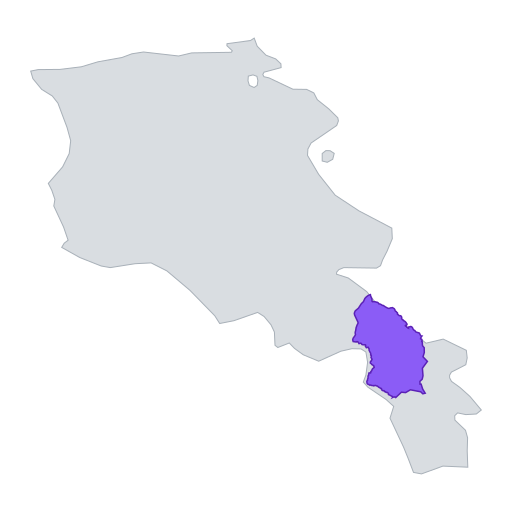 Sisian, Syunik, Armenia shown in context
{"feature_id": "60910142B33195245753630", "entity_name": "Sisian", "entity_type": "district", "adm_level": 2, "iso_a3": "ARM", "parent_name": "Armenia", "parent_adm1": "Syunik", "projection": "natural_earth1", "projection_center": [45.922, 39.579], "detail": "fine", "context": "in_parent", "style": "filled", "palette": "violet", "viewbox_px": 512, "rotation_deg": 0, "n_neighbors": 0, "source": "geoboundaries", "source_scale": "gbopen_adm2", "svg_char_len": 7693}
<svg xmlns="http://www.w3.org/2000/svg" viewBox="0 0 512 512"><path d="M219.7,323.5L214.8,315.8L190.0,290.4L166.9,270.9L151.1,262.9L135.1,263.7L110.3,267.6L101.2,266.0L79.7,257.5L61.7,247.4L64.2,243.2L68.1,240.2L63.6,227.1L53.8,206.0L54.9,199.4L51.8,190.3L48.3,183.4L62.6,166.9L69.2,153.6L70.7,140.7L67.0,127.3L57.9,103.1L52.3,96.0L41.7,89.4L32.9,78.7L30.7,71.1L38.2,69.6L60.1,69.4L81.3,66.8L98.0,61.8L122.0,57.5L131.9,53.8L143.5,52.0L178.6,56.0L191.7,52.9L231.3,52.3L232.3,50.8L226.9,45.7L227.0,43.7L250.5,40.5L254.2,38.1L257.2,46.2L266.0,55.2L275.7,58.9L280.9,63.8L281.1,67.6L264.0,72.2L262.8,74.5L263.9,76.7L269.0,77.9L292.9,89.2L306.6,89.4L313.8,92.9L317.3,99.7L328.8,108.9L337.8,117.8L338.4,120.9L336.7,125.5L311.1,143.0L307.9,149.0L307.5,155.4L318.7,174.4L335.2,195.2L359.0,210.9L391.8,228.1L392.3,238.7L387.0,251.3L382.6,259.9L380.5,265.7L376.5,268.1L343.8,267.6L338.9,269.6L336.7,272.1L336.5,274.2L348.3,278.0L366.7,291.6L377.3,304.7L388.3,310.4L400.7,320.8L410.6,330.6L426.0,343.2L443.2,339.1L466.3,350.3L467.2,357.9L465.8,364.7L451.4,372.1L449.6,375.2L449.6,377.8L451.5,381.4L460.0,387.5L470.0,396.5L481.3,410.0L476.3,414.0L465.8,414.6L457.6,412.9L454.7,415.7L454.9,420.1L465.5,430.3L467.6,437.8L467.2,450.8L467.8,467.2L442.9,466.1L421.5,473.9L413.5,472.4L408.2,458.5L403.6,447.2L390.0,418.2L393.7,406.4L386.1,399.5L367.9,387.2L363.3,382.1L365.9,375.1L367.6,362.3L365.9,352.0L361.0,348.9L351.9,348.7L340.9,351.2L318.7,361.2L303.3,354.8L294.5,348.4L289.3,343.0L277.8,347.5L275.0,345.3L274.4,332.0L271.0,324.8L264.1,316.5L257.6,312.4L233.9,320.7L219.7,323.5ZM257.2,85.4L257.9,80.6L256.9,76.3L253.0,74.9L248.3,76.1L248.0,80.9L249.4,85.4L254.1,87.5L257.2,85.4ZM332.7,159.3L327.3,162.3L322.2,161.0L322.2,153.5L325.9,150.6L330.1,150.7L334.2,153.4L332.7,159.3Z" fill="#d9dde1" stroke="#a8b0b8" stroke-width="1"/><path d="M425.2,393.2L422.7,389.1L421.1,384.1L420.0,384.1L419.9,381.4L422.2,379.2L423.0,375.8L422.4,368.2L427.4,361.4L423.0,356.8L424.3,352.5L424.2,347.7L422.6,345.8L422.6,345.6L422.5,345.2L422.4,344.9L422.4,344.7L422.4,344.4L422.3,343.8L422.4,343.3L422.3,342.8L422.3,342.4L422.3,342.1L422.3,341.9L421.8,341.6L421.7,341.4L421.9,340.9L422.1,340.7L421.9,340.1L421.9,339.7L421.8,339.4L421.6,339.3L420.9,338.9L420.7,338.8L420.9,338.6L420.8,338.4L420.8,337.7L421.0,337.3L421.2,337.1L421.5,336.7L421.7,336.4L421.9,336.1L421.7,336.1L421.2,336.0L421.0,335.8L420.7,335.5L420.4,335.1L420.2,334.9L420.0,334.2L419.7,333.8L419.5,333.4L419.4,333.1L419.0,332.9L418.0,332.6L416.2,332.1L415.9,331.9L415.6,331.6L415.3,331.2L414.8,330.5L414.6,330.4L414.1,330.2L413.4,329.6L413.2,329.3L412.9,328.7L412.8,328.4L412.6,327.9L412.3,327.5L411.9,327.0L411.4,326.7L410.9,326.5L410.6,326.5L410.3,326.6L410.1,326.8L409.7,326.8L409.3,326.8L409.2,326.8L408.8,326.9L408.6,327.1L408.5,327.4L408.4,327.8L408.5,328.3L408.0,328.1L407.8,328.0L407.6,327.8L407.4,327.5L406.9,327.1L406.7,327.1L406.6,326.9L406.5,326.6L406.4,326.1L406.2,326.0L405.8,326.1L405.6,326.1L405.4,325.9L405.3,325.6L405.5,325.3L406.0,325.2L406.5,325.2L406.7,324.9L407.0,324.6L407.0,324.3L407.0,324.1L406.9,323.9L406.8,323.7L406.6,323.5L406.4,323.3L406.3,323.0L406.1,322.6L405.1,321.5L404.8,321.4L404.5,321.1L404.1,320.9L403.8,320.7L403.5,320.6L403.4,320.2L403.2,320.1L402.9,319.8L402.5,319.7L402.2,319.5L401.9,319.0L401.8,318.7L401.6,318.4L401.7,318.2L401.8,317.9L401.7,317.6L401.6,317.4L401.6,317.2L401.5,316.7L401.4,316.4L401.2,316.2L400.7,315.8L400.4,315.7L399.8,315.7L399.3,315.6L399.0,315.5L398.4,314.9L398.2,314.7L397.9,314.6L397.6,314.4L397.4,314.1L397.4,313.8L397.5,313.5L397.6,313.2L397.3,312.7L396.9,312.5L396.2,311.5L395.6,311.3L395.4,311.1L395.2,310.8L395.0,310.3L394.9,309.7L394.4,308.9L394.1,308.6L393.6,308.3L393.1,308.0L392.5,307.6L392.3,307.6L391.6,307.8L390.9,307.8L390.5,307.9L389.9,308.1L389.5,308.3L388.7,308.4L388.2,308.3L387.6,308.1L386.2,307.3L385.5,307.0L385.0,306.6L384.4,306.3L384.1,306.0L383.5,305.5L383.0,305.6L382.7,305.4L382.2,305.2L381.6,304.9L380.9,304.4L380.2,304.1L379.5,303.9L379.0,303.9L378.8,303.8L378.6,303.5L378.5,303.2L378.4,303.0L378.1,302.8L377.7,302.5L377.4,302.3L376.6,302.3L376.3,302.1L375.9,301.9L375.3,301.9L374.6,301.7L374.2,301.6L373.5,301.7L372.9,301.6L372.4,301.7L372.2,301.5L372.0,301.2L372.0,300.8L372.0,299.6L371.8,298.7L371.4,297.7L371.0,296.9L370.7,296.0L370.5,295.5L370.5,294.9L370.4,294.6L368.3,295.4L366.3,296.9L364.9,298.4L363.4,301.7L361.4,303.6L358.4,308.2L355.3,310.8L354.6,312.3L354.3,313.4L354.6,315.0L358.0,322.3L358.0,323.3L357.1,325.0L356.1,327.7L355.7,330.4L355.2,332.2L355.2,333.4L355.5,334.6L354.8,335.9L353.2,338.1L352.7,339.6L352.9,340.8L353.2,341.6L353.5,341.6L354.6,341.8L355.3,341.8L355.5,341.9L355.8,342.0L356.1,342.0L356.5,341.7L356.8,341.7L357.0,341.9L357.4,341.7L357.7,341.7L358.1,342.1L358.3,342.4L358.5,342.7L358.8,343.2L358.9,343.6L359.1,343.6L359.3,343.5L359.7,343.5L360.2,343.3L360.5,343.2L360.8,343.2L361.2,343.4L361.4,343.7L361.7,344.1L361.9,344.5L362.7,344.7L363.3,344.8L363.7,344.8L364.2,344.8L364.9,344.7L365.3,344.8L365.6,345.0L365.7,345.3L365.6,345.6L365.5,345.9L365.4,346.1L365.4,346.3L366.0,347.0L366.1,347.3L366.2,347.6L366.4,347.7L366.7,347.7L366.9,347.6L367.1,347.5L367.4,347.4L367.7,347.3L367.9,347.2L368.2,347.2L368.4,347.6L368.5,347.9L368.7,348.3L369.0,348.7L369.2,349.0L369.1,349.5L369.0,349.8L369.1,350.2L369.2,350.6L369.8,351.7L370.0,352.2L370.5,352.9L370.6,353.4L370.8,354.0L370.8,354.3L370.8,354.6L370.6,354.9L370.7,355.1L370.9,355.2L371.1,355.2L371.3,355.4L371.3,355.8L371.3,356.1L371.3,356.5L371.1,356.9L371.0,357.4L371.0,357.6L371.2,357.9L371.5,358.2L371.7,358.5L371.8,359.0L372.0,359.2L372.0,359.5L371.8,359.7L371.7,359.9L371.6,360.2L371.4,360.6L371.1,360.8L371.1,361.1L371.0,361.3L370.7,361.5L370.4,361.8L370.3,362.7L370.3,363.0L371.2,363.7L371.4,363.9L371.6,364.1L371.8,364.5L372.2,364.8L372.6,364.9L372.8,365.0L373.0,365.3L373.2,365.5L373.4,365.6L373.7,365.7L373.8,365.9L373.9,366.3L373.9,366.6L374.1,366.8L374.2,367.1L374.2,367.5L373.9,367.7L373.5,367.9L373.3,368.1L372.9,368.6L372.6,368.7L372.4,368.9L372.3,369.4L372.0,369.8L371.8,370.1L371.8,370.5L371.6,370.9L371.2,371.2L370.9,371.4L370.8,371.7L370.9,372.1L370.6,372.4L370.6,372.9L370.3,373.0L369.9,373.0L369.6,373.0L369.3,372.9L369.0,372.9L368.9,373.1L368.9,373.4L368.8,373.7L368.7,374.0L368.6,374.4L368.7,374.8L368.6,375.1L368.5,375.4L368.2,375.8L368.0,376.0L368.0,376.4L368.1,376.8L368.0,377.7L368.0,378.3L367.8,378.6L367.6,379.1L367.5,379.6L367.5,380.2L367.5,380.5L367.0,380.8L366.9,381.1L366.8,381.6L366.9,382.0L366.9,382.4L367.1,382.8L367.1,383.4L367.3,383.7L367.6,384.0L367.9,384.2L369.0,384.6L369.7,385.2L369.9,385.2L370.7,385.0L371.0,385.1L371.2,385.3L371.4,385.4L371.7,385.5L372.0,385.5L372.4,385.6L373.2,385.5L373.5,385.6L373.8,385.9L374.0,385.8L374.2,385.7L374.7,385.6L375.0,385.4L375.3,385.5L375.6,385.5L376.0,385.6L376.4,385.8L376.7,386.0L376.9,386.0L377.2,386.0L377.5,386.1L377.8,386.5L378.5,386.9L378.6,387.1L378.8,387.3L379.3,387.5L379.7,387.7L380.1,388.0L380.4,388.3L381.0,388.3L381.4,388.6L381.6,389.0L381.5,389.5L381.9,389.9L382.0,390.2L382.5,390.5L382.8,390.6L383.0,390.7L383.2,390.8L383.9,390.6L384.2,390.8L384.4,391.0L384.5,391.3L384.6,391.6L384.8,391.7L385.2,391.7L385.5,391.7L385.7,391.9L385.8,392.2L385.9,392.3L386.4,392.4L386.6,392.5L386.8,392.4L387.0,392.3L387.3,392.5L388.0,393.0L388.4,393.4L388.4,393.8L388.4,394.3L388.6,394.4L388.6,394.6L388.9,394.8L389.1,394.8L389.4,394.9L389.9,395.2L390.6,395.6L391.5,396.1L391.9,396.3L392.1,396.3L392.3,396.4L392.4,396.8L392.6,396.8L392.9,396.9L392.9,397.1L392.7,397.4L392.9,397.3L393.2,397.0L393.4,397.0L394.5,397.1L394.7,396.9L395.0,396.9L395.4,397.0L395.6,397.2L395.8,397.5L401.4,392.2L405.6,392.6L410.4,389.8L420.7,391.8L422.8,393.8L425.2,393.2Z" fill="#8b5cf6" stroke="#5b21b6" stroke-width="1.5"/></svg>